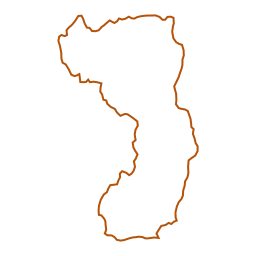 Mairinque, São Paulo, Brazil (Equal Earth projection)
{"feature_id": "56859067B61135260351359", "entity_name": "Mairinque", "entity_type": "district", "adm_level": 2, "iso_a3": "BRA", "parent_name": "Brazil", "parent_adm1": "São Paulo", "projection": "equal_earth", "projection_center": [-47.236, -23.519], "detail": "fine", "context": "isolated", "style": "outline", "palette": "amber", "viewbox_px": 256, "rotation_deg": 0, "n_neighbors": 0, "source": "geoboundaries", "source_scale": "gbopen_adm2", "svg_char_len": 2209}
<svg xmlns="http://www.w3.org/2000/svg" viewBox="0 0 256 256"><path d="M98.9,214.9L101.4,215.4L104.2,218.7L105.4,221.4L105.6,224.8L106.2,229.9L104.8,233.5L107.5,235.3L111.7,235.4L114.6,237.2L116.8,239.8L120.5,240.6L123.9,240.1L129.3,238.3L132.9,237.4L135.8,237.2L138.6,236.7L142.3,237.0L145.1,238.3L147.6,238.4L154.0,237.5L158.6,237.9L156.5,233.5L158.7,229.9L161.3,225.9L165.6,225.0L168.6,222.9L171.3,224.0L173.9,221.7L176.7,220.6L175.6,217.3L175.5,212.2L176.9,206.4L178.7,202.2L181.5,198.9L182.9,195.6L183.2,190.5L184.6,186.0L185.1,181.3L187.4,177.5L188.4,172.9L188.1,166.6L188.6,160.4L191.5,158.1L195.2,155.6L197.6,151.0L197.6,146.1L195.7,143.2L194.7,138.9L192.9,133.8L193.6,129.1L191.4,127.1L191.1,123.3L190.5,118.7L189.0,114.5L187.8,111.0L184.8,109.4L182.1,109.0L178.7,108.1L176.0,104.3L176.4,99.7L176.1,93.6L175.0,89.7L174.2,86.4L176.3,82.1L178.5,77.5L180.3,72.1L181.7,68.3L182.4,65.0L182.5,59.4L183.8,55.5L183.6,50.2L182.0,44.8L179.0,43.9L176.1,42.1L173.4,38.3L172.2,31.7L172.9,26.6L173.8,23.5L173.5,17.8L170.7,16.7L167.5,16.9L165.1,19.7L162.5,19.8L159.5,16.9L155.5,15.4L152.6,15.5L149.9,15.5L146.1,15.6L142.5,16.0L139.6,16.5L136.8,17.3L134.4,18.6L131.7,18.3L128.8,16.7L125.2,18.8L122.2,19.5L119.0,18.5L117.1,21.3L114.3,23.0L109.6,20.4L104.0,25.3L101.6,27.0L98.7,30.3L95.4,31.2L92.0,31.0L89.5,27.9L86.9,27.6L84.7,23.5L83.2,19.0L81.5,15.7L78.3,16.0L75.3,20.7L73.1,23.5L71.3,25.5L68.8,27.5L66.5,30.3L67.0,35.0L64.7,36.1L61.5,35.0L59.2,36.6L58.4,41.0L60.0,46.1L61.3,53.1L61.4,58.4L62.6,62.7L65.7,64.4L68.6,69.1L71.3,74.7L74.5,76.1L76.9,75.4L79.3,74.1L79.9,78.3L80.3,82.0L83.0,82.2L86.0,82.0L88.2,79.6L89.9,82.2L93.5,81.7L97.0,82.2L101.4,83.4L100.5,87.9L100.3,91.7L102.1,94.4L103.4,99.7L106.3,100.5L107.3,103.8L110.7,106.9L114.8,108.9L117.0,112.5L120.4,115.8L124.8,114.0L127.4,114.2L130.4,116.2L133.8,118.6L137.3,121.4L137.8,125.7L135.5,129.8L134.7,134.5L135.6,140.0L132.7,142.6L133.4,147.4L135.1,150.7L137.5,154.3L135.7,158.8L133.9,161.3L135.0,166.8L133.6,170.8L131.7,173.5L129.2,175.2L126.3,172.8L122.1,171.2L119.9,173.6L120.0,177.3L118.3,180.7L117.1,184.3L110.2,185.2L108.1,189.0L107.0,192.1L103.8,194.5L100.8,199.7L99.0,205.6L98.6,210.6L98.9,214.9Z" fill="none" stroke="#b45309" stroke-width="2"/></svg>